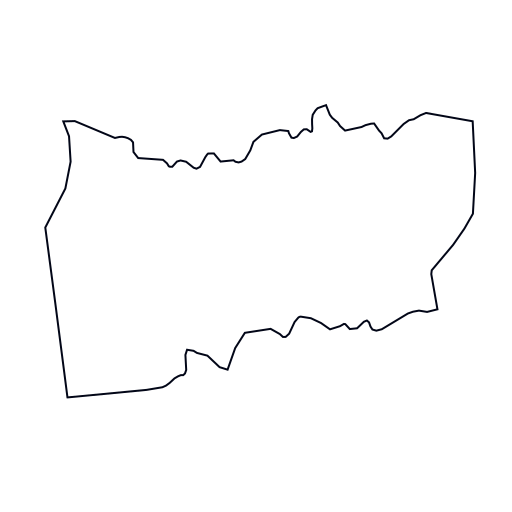 map outline of Tartu (orthographic projection), rotated 185°
{"feature_id": "EST-1659", "entity_name": "Tartu", "entity_type": "County", "adm_level": 1, "iso_a3": "EST", "parent_name": "Estonia", "parent_adm1": "", "projection": "orthographic", "projection_center": [26.767, 58.415], "detail": "fine", "context": "isolated", "style": "outline", "palette": "ink", "viewbox_px": 512, "rotation_deg": 185, "n_neighbors": 0, "source": "natural_earth", "source_scale": "10m", "svg_char_len": 1782}
<svg xmlns="http://www.w3.org/2000/svg" viewBox="0 0 512 512"><g transform="rotate(185 256 256)"><path d="M431.5,98.7L437.4,125.7L451.9,191.8L468.4,266.0L451.8,306.6L448.9,333.8L452.7,359.0L459.7,373.3L448.3,374.6L406.8,361.3L402.4,362.7L399.8,363.1L396.8,362.9L393.8,362.2L390.7,360.8L388.4,358.5L387.1,348.9L381.9,343.3L357.0,343.7L352.7,340.5L350.7,337.8L349.5,337.4L347.2,337.6L343.0,343.2L339.5,344.6L333.8,343.8L325.8,338.5L322.9,337.8L319.5,339.9L315.1,350.1L313.5,352.9L312.6,353.9L306.9,354.5L299.5,347.0L286.7,349.4L284.7,348.1L281.5,347.7L278.6,348.8L275.2,351.6L270.9,360.7L268.5,369.5L260.7,377.5L243.2,383.5L234.7,383.3L233.9,381.2L231.0,377.0L228.6,376.8L225.4,378.6L222.1,383.5L219.4,386.3L216.5,386.7L212.4,384.4L211.1,385.1L211.0,388.0L211.6,392.2L212.1,397.1L211.8,401.6L209.4,406.2L207.5,408.6L199.4,412.4L194.8,403.2L192.2,400.3L186.2,396.1L183.6,392.8L178.2,388.7L162.1,393.7L158.3,395.9L153.0,397.8L149.9,398.3L144.4,391.7L141.6,389.2L138.6,384.4L135.1,384.4L131.7,386.9L120.4,400.4L115.4,404.6L110.8,406.0L104.4,410.6L99.1,413.3L51.9,409.1L44.9,357.8L43.6,317.0L50.8,301.4L60.6,284.3L79.7,257.1L79.8,253.2L70.6,218.7L80.7,215.2L88.9,215.8L94.7,214.2L99.6,212.0L124.3,194.0L129.6,192.1L133.6,192.9L135.8,195.7L137.6,199.7L139.9,201.4L142.8,199.9L149.0,192.8L156.2,191.4L161.1,195.9L162.5,196.0L166.2,193.4L175.9,189.4L185.4,194.9L195.9,198.8L206.2,199.5L207.5,199.1L208.5,198.3L211.8,193.6L216.2,181.5L219.4,178.0L222.1,177.7L225.4,180.3L235.1,184.7L260.4,178.5L268.7,162.5L274.4,140.3L282.6,142.1L295.7,152.5L306.4,154.3L309.9,156.1L316.5,156.6L317.7,151.3L315.6,136.4L316.5,132.8L318.1,131.0L320.4,130.8L323.1,129.4L326.5,127.0L331.0,122.0L334.4,119.0L337.8,117.1L353.3,113.1L431.4,98.7L431.5,98.7Z" fill="none" stroke="#020617" stroke-width="2"/></g></svg>